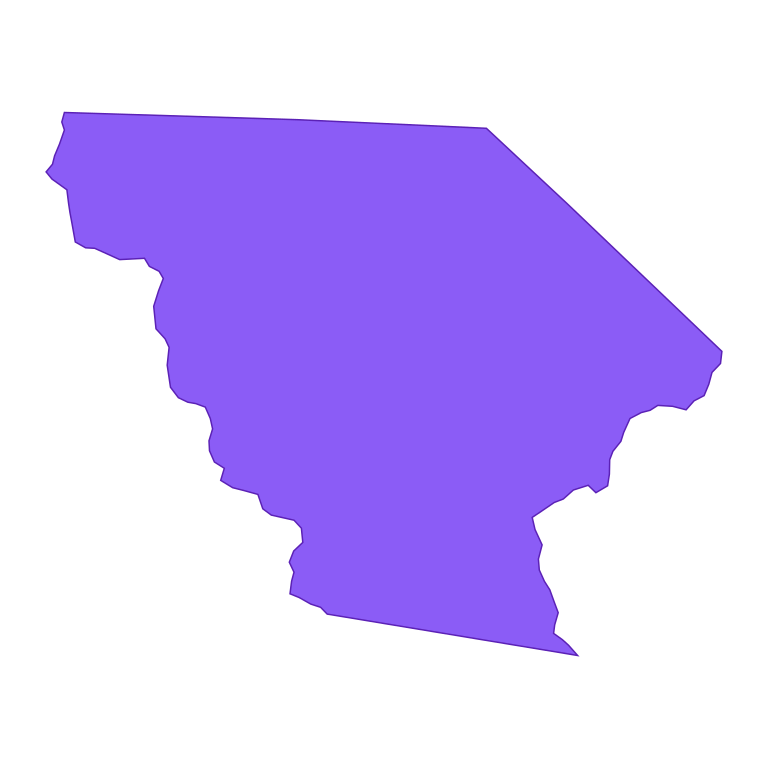 outline of Lima Campos, Maranhão, Brazil
{"feature_id": "56859067B66044232988934", "entity_name": "Lima Campos", "entity_type": "district", "adm_level": 2, "iso_a3": "BRA", "parent_name": "Brazil", "parent_adm1": "Maranhão", "projection": "orthographic", "projection_center": [-44.474, -4.57], "detail": "fine", "context": "isolated", "style": "filled", "palette": "violet", "viewbox_px": 768, "rotation_deg": 0, "n_neighbors": 0, "source": "geoboundaries", "source_scale": "gbopen_adm2", "svg_char_len": 1293}
<svg xmlns="http://www.w3.org/2000/svg" viewBox="0 0 768 768"><path d="M721.9,351.4L567.3,203.8L486.4,128.3L297.7,119.7L64.4,112.5L61.8,122.0L64.4,130.0L59.5,144.1L54.6,155.8L52.5,164.2L46.1,171.9L52.0,179.1L66.9,189.8L68.6,203.5L70.0,212.8L71.8,222.4L75.3,242.0L85.6,247.8L94.7,248.3L119.7,259.6L144.5,258.3L149.4,266.4L159.1,271.3L163.3,278.5L158.6,290.7L153.7,306.3L156.0,328.8L165.1,338.8L169.1,347.4L167.2,365.2L170.5,387.3L178.4,397.7L187.8,402.2L195.8,403.6L205.3,407.1L210.3,418.5L212.6,428.9L209.0,440.8L209.5,450.8L214.4,462.0L224.3,468.3L220.7,480.4L232.7,487.7L243.4,490.4L257.9,494.4L262.8,508.8L271.3,515.1L282.9,517.7L294.0,520.2L301.4,528.2L302.8,542.4L293.7,551.0L289.3,562.2L294.0,572.2L291.6,581.2L290.0,593.8L299.1,597.5L310.8,604.1L320.6,607.3L327.2,614.1L577.6,655.5L568.5,645.2L562.4,639.7L553.6,633.4L554.7,624.8L558.2,612.7L554.2,602.0L549.8,589.8L544.4,581.3L539.3,570.0L538.4,559.1L542.1,544.9L535.0,529.5L532.2,517.4L541.6,511.1L554.2,502.5L563.3,499.0L573.4,490.0L588.2,485.3L595.9,492.7L607.6,485.8L609.4,474.1L609.7,459.7L612.9,451.3L620.9,441.3L623.7,432.4L630.0,418.5L641.2,412.6L650.1,410.3L657.8,405.4L672.6,406.3L686.1,409.8L694.1,400.8L704.1,395.6L708.8,384.2L712.0,372.4L720.5,363.5L721.9,351.4Z" fill="#8b5cf6" stroke="#5b21b6" stroke-width="1.5"/></svg>